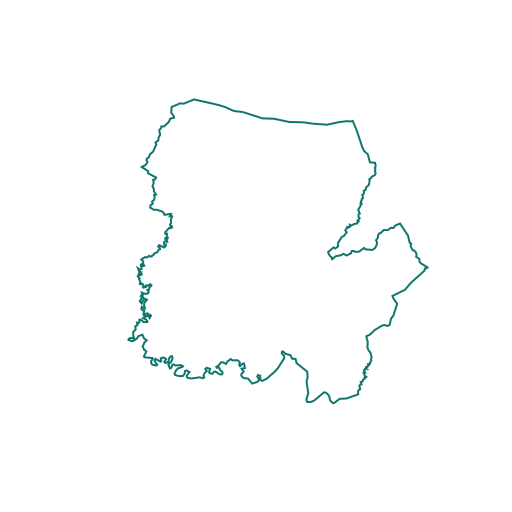 Khok Pho Chai, Khon Kaen, Thailand (Mercator projection), rotated 59°
{"feature_id": "78962969B36064569577825", "entity_name": "Khok Pho Chai", "entity_type": "district", "adm_level": 2, "iso_a3": "THA", "parent_name": "Thailand", "parent_adm1": "Khon Kaen", "projection": "mercator", "projection_center": [102.392, 16.069], "detail": "fine", "context": "isolated", "style": "outline", "palette": "teal", "viewbox_px": 512, "rotation_deg": 59, "n_neighbors": 0, "source": "geoboundaries", "source_scale": "gbopen_adm2", "svg_char_len": 6152}
<svg xmlns="http://www.w3.org/2000/svg" viewBox="0 0 512 512"><g transform="rotate(59 256 256)"><path d="M427.2,239.6L424.7,238.4L423.8,237.1L423.9,235.3L420.6,234.3L419.9,232.9L420.3,231.6L417.9,231.1L418.4,229.1L417.3,228.2L416.8,224.7L416.1,225.2L415.9,224.0L415.3,224.6L412.3,224.0L411.6,223.2L411.2,223.7L410.7,223.0L411.6,222.5L409.8,222.2L410.1,221.7L409.1,220.5L409.6,219.7L408.8,220.1L408.7,219.1L407.9,218.8L408.5,217.7L407.8,217.3L407.9,215.8L406.4,215.6L407.1,213.8L405.8,212.8L405.1,211.0L403.3,210.3L402.5,209.1L397.9,207.7L394.8,208.2L391.6,207.5L387.3,204.5L381.6,202.8L382.1,198.9L380.6,192.4L380.6,183.5L381.5,181.2L383.7,179.4L384.0,177.1L379.2,172.5L377.9,169.0L369.6,159.6L363.5,160.1L360.5,159.6L361.7,145.8L358.8,137.1L355.3,119.0L353.7,117.8L354.5,115.7L354.1,114.8L347.1,118.5L344.8,118.7L342.6,117.5L339.2,119.1L337.8,117.8L335.5,117.1L332.7,117.6L332.1,118.5L329.3,118.7L327.1,118.3L325.5,116.7L323.7,117.4L316.6,115.2L302.4,115.8L301.6,120.5L302.7,124.0L301.3,126.0L301.7,129.6L299.5,133.2L300.6,137.4L300.1,138.7L301.2,140.8L303.2,142.2L304.3,145.0L306.7,145.3L308.8,147.0L310.6,150.1L310.7,153.2L306.5,158.9L304.7,159.3L305.4,165.4L303.5,168.9L302.1,169.5L301.1,171.3L302.6,173.1L302.3,177.5L302.0,178.4L299.2,179.8L299.0,183.2L297.3,187.6L297.8,191.8L298.7,192.7L296.0,191.8L294.6,192.5L291.5,192.6L289.8,192.2L288.6,185.1L290.4,184.2L290.1,180.8L287.2,179.2L283.9,172.8L284.0,170.0L282.3,166.0L280.1,166.3L279.0,164.4L279.3,163.1L278.1,162.7L279.4,160.7L277.5,159.5L279.1,158.6L279.1,155.3L280.3,152.4L279.4,151.7L279.2,150.2L278.0,150.7L277.0,147.7L275.5,148.0L274.1,147.3L273.0,146.5L273.1,145.2L268.9,144.5L267.0,140.7L265.5,139.7L265.8,138.9L264.5,139.0L264.2,138.1L263.3,138.1L262.5,136.4L261.6,136.1L261.5,134.4L258.5,133.6L258.5,132.3L257.4,130.8L255.6,130.0L255.8,127.9L254.1,126.7L253.1,122.5L250.1,119.9L248.6,119.5L248.4,116.9L247.7,116.2L247.8,112.4L246.8,110.9L244.3,110.3L243.4,109.1L241.9,108.8L240.7,107.2L237.4,105.9L234.4,110.1L226.4,107.8L221.9,109.2L217.2,108.8L200.3,105.0L190.0,103.5L189.5,105.5L187.2,108.7L184.0,115.8L180.1,127.4L172.2,138.7L166.0,146.3L158.2,158.5L147.6,169.9L141.4,179.5L125.8,193.2L120.3,200.3L112.0,206.1L106.7,210.9L89.9,228.5L88.2,239.5L86.1,242.4L84.8,251.6L89.5,254.9L93.9,254.4L95.3,255.0L94.1,258.8L96.2,261.7L97.6,267.9L96.2,270.3L97.0,270.6L98.4,274.2L102.6,275.7L104.7,278.9L106.6,280.1L106.9,283.7L109.0,284.0L113.5,290.3L114.2,294.4L116.1,296.9L116.3,299.1L117.4,300.6L119.5,300.5L121.1,303.7L120.9,308.1L127.8,304.7L129.5,305.9L137.3,301.2L138.4,303.1L137.7,304.9L140.9,306.2L143.0,308.9L145.0,308.8L148.1,310.2L151.9,310.0L151.3,312.0L153.3,312.5L155.3,314.3L155.9,317.2L157.9,317.4L158.2,320.3L160.0,321.8L163.8,319.8L165.1,317.4L169.2,313.8L171.2,312.9L173.5,313.3L176.1,307.2L177.6,309.4L178.3,307.6L179.0,307.5L180.7,310.0L184.1,311.9L184.7,313.5L186.4,313.9L187.0,312.9L188.0,312.9L188.4,314.4L187.2,316.0L188.9,321.6L189.9,322.3L191.1,320.8L192.1,321.9L194.8,322.1L195.4,322.8L193.9,324.1L194.4,325.0L196.4,324.3L198.0,324.7L196.5,326.6L196.6,327.4L199.0,329.0L200.1,328.9L200.0,327.5L201.0,328.4L201.3,330.5L196.8,333.4L197.5,335.0L198.7,334.2L200.7,334.7L200.4,336.1L201.9,338.5L201.4,342.0L202.2,342.8L202.0,344.6L202.7,345.5L202.2,346.8L200.8,347.4L201.1,350.3L199.8,351.6L199.9,356.1L202.5,355.4L203.9,356.6L206.8,356.8L206.4,358.0L204.8,357.9L204.0,358.6L204.2,359.3L208.1,360.6L208.2,362.3L205.7,363.5L209.6,364.2L210.8,362.7L211.8,363.5L212.8,363.3L212.9,365.2L211.5,365.1L211.0,365.8L212.1,366.6L212.4,367.8L215.3,367.3L215.6,368.2L219.1,368.5L219.9,370.0L220.7,369.8L221.3,367.7L223.9,367.7L224.4,369.0L225.1,368.9L225.9,366.4L224.6,365.4L225.6,364.1L225.8,361.2L227.3,360.7L227.9,361.9L227.4,363.1L229.8,365.0L229.1,366.5L231.6,366.6L232.4,367.7L231.7,370.1L228.6,372.7L230.9,373.1L230.4,374.4L231.3,375.5L232.6,374.1L233.8,374.0L233.4,376.2L234.9,378.9L237.8,378.3L236.1,376.5L235.7,374.2L236.2,372.4L237.4,372.1L238.5,375.8L241.2,377.6L243.8,378.2L243.4,378.9L240.7,380.1L242.5,381.6L244.1,381.2L245.4,380.0L247.9,382.5L249.8,382.6L250.1,382.2L248.6,380.6L249.1,378.7L249.8,378.3L250.7,378.7L251.5,377.3L253.0,376.7L254.4,379.1L252.6,379.0L251.2,380.1L251.1,384.8L254.0,382.9L256.1,382.7L256.6,383.2L254.6,386.6L252.3,387.0L250.5,388.7L252.7,390.1L253.0,391.4L251.9,392.3L254.2,393.3L254.1,395.7L257.0,397.0L257.9,400.4L261.3,402.4L264.0,402.9L261.6,405.7L261.5,407.9L262.4,408.5L265.5,405.7L265.5,400.8L264.1,398.0L265.0,393.9L268.9,394.4L272.0,393.1L272.6,396.0L275.3,399.8L278.9,400.1L281.4,399.1L284.4,403.9L285.5,403.6L290.2,397.3L291.0,397.5L292.2,400.2L294.2,401.1L295.6,400.9L298.4,398.1L298.4,396.8L293.5,396.9L292.3,395.3L297.4,392.1L297.1,391.2L294.6,390.3L295.1,387.9L296.7,386.6L298.2,386.2L299.5,389.2L301.1,388.8L301.5,385.2L299.1,383.4L298.1,381.1L298.4,379.7L300.3,379.9L302.1,381.8L303.2,383.6L303.7,387.0L308.0,387.7L308.2,386.1L306.4,384.1L306.2,382.8L308.5,381.3L310.5,377.0L312.8,375.3L313.2,376.4L312.2,380.2L312.6,383.1L314.9,386.5L316.4,386.6L319.4,383.7L321.2,380.6L320.2,377.8L318.0,376.2L318.4,374.4L321.2,372.8L322.9,376.8L323.9,377.6L325.4,377.3L327.8,374.3L330.9,366.9L333.5,364.3L333.5,363.0L331.5,362.6L329.9,360.3L329.2,357.3L326.8,357.7L326.4,355.9L329.1,353.4L331.4,356.1L332.8,355.9L334.5,354.0L333.6,351.5L334.0,350.4L338.8,348.0L339.9,346.5L339.5,345.2L338.1,344.6L335.5,345.4L332.8,345.1L331.5,347.3L330.5,347.1L330.7,344.6L329.1,340.8L330.0,339.1L333.1,337.3L331.6,334.6L331.4,330.6L333.3,330.0L335.6,325.9L336.9,325.0L339.2,324.7L340.6,326.5L342.1,326.4L341.5,322.5L342.1,321.6L346.4,323.3L345.2,326.3L348.7,326.1L349.7,329.4L351.0,330.2L353.8,329.8L357.2,325.9L363.4,324.9L364.5,320.1L364.2,317.7L363.4,317.0L359.9,317.0L359.1,315.5L360.8,314.1L364.3,316.0L366.3,314.9L366.7,310.2L364.9,300.0L363.6,295.4L358.3,284.6L356.3,283.4L352.7,284.1L351.6,283.2L351.6,282.1L355.2,281.0L358.7,277.6L362.8,277.9L364.5,275.1L368.7,276.4L381.5,271.7L386.3,274.0L389.6,277.3L400.4,281.8L405.1,286.9L407.4,287.3L409.3,284.6L409.9,280.7L407.9,267.9L409.3,266.4L411.8,265.6L413.9,265.5L418.2,266.9L421.8,265.8L422.2,264.5L421.5,257.9L424.8,251.6L427.2,239.6Z" fill="none" stroke="#0f766e" stroke-width="2"/></g></svg>